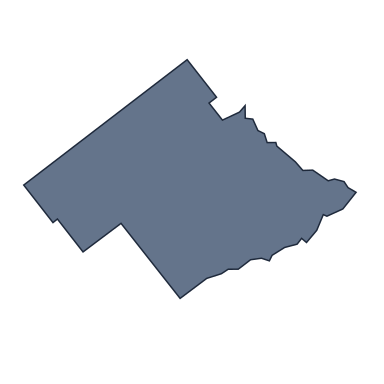 Pike, Arkansas, United States of America, rotated 321°
{"feature_id": "52423323B99086550227942", "entity_name": "Pike", "entity_type": "district", "adm_level": 2, "iso_a3": "USA", "parent_name": "United States of America", "parent_adm1": "Arkansas", "projection": "albers", "projection_center": [-93.566, 34.147], "detail": "fine", "context": "isolated", "style": "filled", "palette": "slate", "viewbox_px": 384, "rotation_deg": 321, "n_neighbors": 0, "source": "geoboundaries", "source_scale": "gbopen_adm2", "svg_char_len": 691}
<svg xmlns="http://www.w3.org/2000/svg" viewBox="0 0 384 384"><g transform="rotate(321 192 192)"><path d="M65.6,80.7L64.7,128.3L70.4,128.3L69.6,170.0L117.1,171.7L115.8,267.2L149.1,268.4L163.4,274.0L171.5,274.8L179.4,281.1L194.9,281.5L204.3,287.2L208.8,294.2L214.4,291.6L229.1,293.4L240.9,298.7L248.0,297.0L249.2,303.3L264.8,300.3L279.8,292.2L281.6,295.7L298.6,300.1L319.3,295.5L316.0,286.8L316.7,279.6L310.9,271.6L304.9,269.0L299.6,251.0L291.7,245.0L291.3,233.6L286.8,209.7L288.3,206.3L281.5,200.9L284.9,192.2L281.9,185.7L285.1,173.6L279.8,168.2L287.6,158.3L279.2,159.8L260.9,155.3L261.2,133.6L270.7,133.8L271.5,86.1L65.6,80.7Z" fill="#64748b" stroke="#1e293b" stroke-width="1.5"/></g></svg>